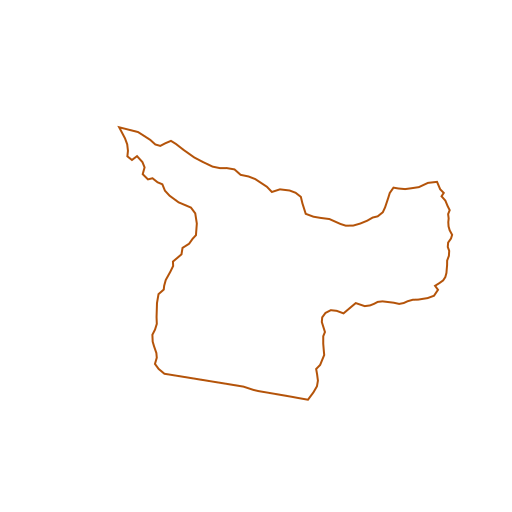 the district of Primavera, Pará, Brazil, rotated 296°
{"feature_id": "56859067B46461793973564", "entity_name": "Primavera", "entity_type": "district", "adm_level": 2, "iso_a3": "BRA", "parent_name": "Brazil", "parent_adm1": "Pará", "projection": "equal_earth", "projection_center": [-47.109, -0.937], "detail": "fine", "context": "isolated", "style": "outline", "palette": "amber", "viewbox_px": 512, "rotation_deg": 296, "n_neighbors": 0, "source": "geoboundaries", "source_scale": "gbopen_adm2", "svg_char_len": 2020}
<svg xmlns="http://www.w3.org/2000/svg" viewBox="0 0 512 512"><g transform="rotate(296 256 256)"><path d="M402.0,386.2L397.1,378.5L389.3,372.2L384.7,365.5L381.5,360.7L379.1,354.4L377.7,349.6L371.3,348.6L366.1,349.4L356.3,350.7L350.9,350.8L345.0,348.0L341.7,344.0L336.5,340.5L330.9,335.5L326.0,330.1L322.6,323.4L321.8,317.8L321.4,305.8L318.5,297.2L316.5,290.4L315.7,282.2L323.7,274.6L328.8,270.4L330.2,263.9L329.6,257.5L326.4,248.3L320.5,242.2L323.0,235.5L324.8,221.6L324.2,214.4L322.2,206.6L324.4,198.7L322.2,191.2L319.2,185.2L317.3,177.8L317.2,167.1L317.5,157.3L319.6,144.4L321.6,135.0L322.2,129.1L317.6,125.1L313.0,121.7L312.1,116.6L314.0,110.1L315.7,95.7L311.7,76.6L304.3,86.7L299.9,91.3L294.4,94.8L289.2,96.7L287.9,102.4L293.6,105.3L290.6,112.8L286.8,117.0L279.9,118.3L277.5,125.3L280.5,128.9L279.1,135.2L279.4,140.4L274.8,145.5L272.3,151.9L270.3,162.9L271.0,176.3L267.7,182.7L259.2,188.6L248.4,192.9L243.8,191.5L237.7,190.5L231.1,186.4L224.8,188.3L214.6,183.8L210.7,185.9L204.2,185.9L194.9,185.4L189.0,186.5L185.4,187.8L179.0,185.1L170.4,187.6L157.5,193.4L151.5,196.6L145.6,197.5L139.8,197.4L133.7,200.7L130.3,203.8L125.1,209.0L121.1,211.4L114.7,212.5L111.8,218.0L110.0,225.3L133.1,302.0L134.5,312.3L135.6,317.2L145.2,350.1L146.6,355.2L149.6,365.7L158.7,367.4L165.6,367.9L171.1,366.3L176.4,362.8L180.8,359.6L186.2,361.4L196.9,360.7L201.7,357.8L206.6,354.9L213.4,351.6L217.9,351.3L225.5,344.1L229.9,342.4L235.3,343.4L240.1,347.0L242.1,352.6L242.8,359.8L253.2,364.4L257.4,366.3L258.6,375.7L261.6,380.2L264.8,383.1L268.1,385.5L270.7,389.6L274.4,400.3L275.7,405.7L278.5,409.4L281.8,412.1L285.4,416.1L287.9,420.9L290.6,424.7L293.4,428.7L298.3,433.4L305.4,434.4L307.7,430.0L312.0,432.7L316.1,434.9L320.0,435.4L324.2,434.6L331.7,431.7L335.7,429.8L340.7,429.3L345.3,427.4L348.2,424.4L352.3,422.8L357.2,423.6L361.0,423.0L364.0,418.8L367.0,416.1L370.7,414.0L374.2,412.7L377.9,410.3L382.1,410.0L385.0,406.2L388.8,401.9L391.0,396.6L395.0,397.1L396.7,392.3L402.0,386.2Z" fill="none" stroke="#b45309" stroke-width="2"/></g></svg>